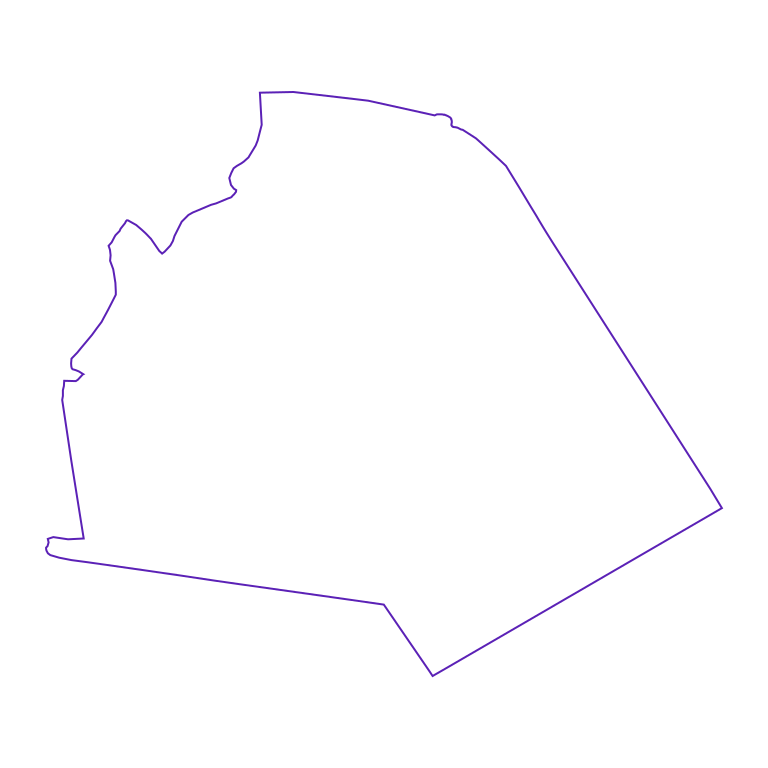 Tadmor, Homs (Hims), Syria (Natural Earth projection)
{"feature_id": "27442178B76261641700856", "entity_name": "Tadmor", "entity_type": "district", "adm_level": 2, "iso_a3": "SYR", "parent_name": "Syria", "parent_adm1": "Homs (Hims)", "projection": "natural_earth1", "projection_center": [39.01, 34.465], "detail": "fine", "context": "isolated", "style": "outline", "palette": "violet", "viewbox_px": 768, "rotation_deg": 0, "n_neighbors": 0, "source": "geoboundaries", "source_scale": "gbopen_adm2", "svg_char_len": 3229}
<svg xmlns="http://www.w3.org/2000/svg" viewBox="0 0 768 768"><path d="M432.6,676.0L442.7,670.2L721.9,508.1L710.3,488.9L578.1,282.3L552.5,242.3L546.3,232.4L543.0,227.0L538.5,219.5L536.1,215.4L531.2,207.4L519.0,187.1L506.0,165.9L500.6,160.8L498.8,159.1L494.2,154.9L490.6,151.6L478.5,140.6L475.9,138.3L462.7,129.8L461.1,129.5L457.8,127.8L457.6,127.7L457.4,127.7L457.1,127.6L456.9,127.5L456.7,127.5L456.6,127.4L456.2,127.4L455.9,127.3L455.7,127.3L455.5,127.2L455.4,127.2L455.1,127.2L454.8,127.1L454.7,127.1L454.4,127.1L454.1,127.1L453.9,127.1L453.7,127.0L453.4,127.0L453.3,126.9L453.2,126.9L452.9,126.8L452.8,126.7L452.6,126.7L452.4,126.5L452.4,126.4L452.2,126.3L452.1,126.2L451.9,126.0L451.9,125.9L451.8,125.7L451.7,125.6L451.6,125.4L451.6,125.2L451.5,124.9L451.5,124.7L451.4,124.7L451.4,124.4L451.4,124.2L451.5,124.0L451.5,123.9L451.5,123.7L451.6,123.4L451.7,123.2L451.7,122.9L451.7,122.7L451.8,122.6L451.8,122.4L451.8,122.2L451.8,121.9L451.8,121.7L451.8,121.3L451.8,121.2L451.7,121.1L451.7,120.9L451.7,120.7L451.6,120.4L451.6,120.2L451.5,119.9L451.4,119.7L451.4,119.4L451.3,119.1L451.2,119.1L451.2,118.9L451.1,118.7L450.9,118.4L450.8,118.2L450.7,118.1L450.6,117.9L450.4,117.7L450.2,117.5L450.0,117.4L449.7,117.2L449.4,117.0L449.2,116.9L448.9,116.7L448.7,116.6L448.2,116.3L447.9,116.1L447.6,116.0L447.5,115.9L447.1,115.8L446.8,115.6L446.4,115.5L446.3,115.4L446.2,115.4L445.9,115.3L445.8,115.2L445.7,115.2L445.4,115.1L445.0,114.9L444.9,114.9L444.7,114.9L444.4,114.8L444.2,114.8L444.2,114.7L443.9,114.7L443.5,114.6L443.3,114.6L443.2,114.6L442.7,114.5L442.3,114.4L442.2,114.4L441.8,114.4L441.7,114.4L441.3,114.3L441.2,114.3L440.7,114.3L440.4,114.3L440.2,114.3L439.7,114.3L439.2,114.3L438.7,114.3L438.1,114.3L437.9,114.3L437.7,114.3L437.1,114.4L436.8,114.4L434.7,115.4L368.2,100.7L356.5,99.3L293.4,92.0L263.9,92.6L259.9,92.7L261.7,124.8L259.8,132.1L257.7,140.4L255.7,145.5L249.0,156.5L248.6,157.3L243.8,161.6L241.4,163.3L236.9,165.9L233.6,168.3L231.3,172.9L229.3,178.0L231.0,185.0L233.9,188.7L236.2,190.1L236.0,191.8L234.1,194.3L232.7,195.6L232.4,195.9L232.0,196.5L231.1,197.3L230.2,197.7L228.1,198.4L216.1,203.4L211.1,204.8L192.8,212.5L188.4,215.0L181.7,221.7L174.5,236.0L172.9,241.0L170.4,245.5L164.6,251.7L162.1,253.6L161.2,252.7L159.3,251.0L151.2,239.2L150.8,238.6L150.6,238.5L147.1,234.8L146.6,234.3L145.3,233.0L141.7,229.7L136.2,225.0L128.0,220.4L126.9,220.3L126.0,221.2L125.0,223.2L120.6,228.7L119.6,231.0L115.5,235.2L114.5,236.9L111.7,242.3L108.6,245.8L109.3,247.8L110.0,250.0L110.6,255.3L110.1,260.7L110.1,260.8L113.2,269.2L113.9,273.3L115.4,282.9L115.8,291.4L115.8,294.7L112.0,302.2L108.3,309.4L106.7,312.4L103.6,318.1L101.6,321.9L97.0,328.0L92.0,334.9L80.8,348.3L77.3,352.6L71.5,358.6L71.1,363.4L71.2,364.9L71.3,366.3L71.7,368.1L72.5,369.2L75.6,370.1L78.8,371.4L83.3,374.2L82.7,374.5L77.8,379.8L75.8,381.1L64.2,380.8L63.9,386.0L62.9,390.2L62.9,396.0L62.2,399.9L71.3,460.7L83.7,538.5L75.9,538.9L68.1,539.3L66.0,539.0L53.3,537.1L47.8,538.9L48.6,542.4L47.5,546.2L46.1,547.6L46.1,549.0L46.5,550.7L47.9,553.3L50.3,555.1L59.2,557.7L71.5,560.1L88.1,562.3L143.1,570.1L163.0,573.0L177.7,575.1L215.1,580.7L238.9,584.1L323.4,596.0L349.6,599.7L383.8,604.6L429.7,671.6L432.6,676.0Z" fill="none" stroke="#5b21b6" stroke-width="2"/></svg>